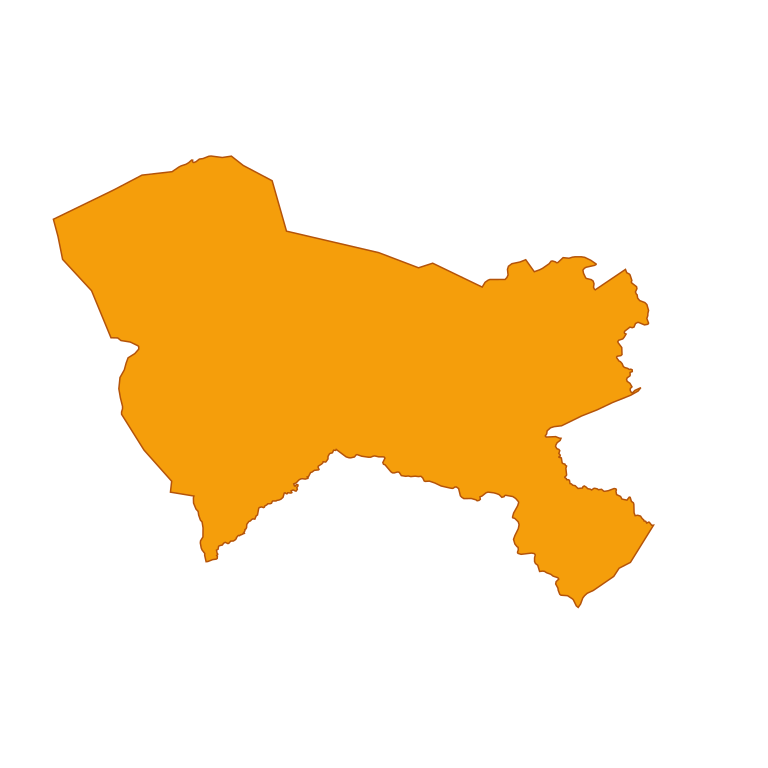 Mossurize, Manica, Mozambique, rotated 74°
{"feature_id": "85939544B24800488676804", "entity_name": "Mossurize", "entity_type": "district", "adm_level": 2, "iso_a3": "MOZ", "parent_name": "Mozambique", "parent_adm1": "Manica", "projection": "natural_earth1", "projection_center": [33.088, -20.472], "detail": "fine", "context": "isolated", "style": "filled", "palette": "amber", "viewbox_px": 768, "rotation_deg": 74, "n_neighbors": 0, "source": "geoboundaries", "source_scale": "gbopen_adm2", "svg_char_len": 6170}
<svg xmlns="http://www.w3.org/2000/svg" viewBox="0 0 768 768"><g transform="rotate(74 384 384)"><path d="M594.0,163.8L593.6,165.6L590.0,167.1L589.7,167.6L590.1,169.8L588.1,170.3L587.3,171.8L586.2,171.8L584.6,172.9L581.7,173.8L580.1,176.3L579.8,178.9L576.7,179.1L568.5,177.0L567.0,177.0L565.0,178.5L560.9,178.6L560.5,178.9L560.4,179.5L562.6,182.5L560.2,187.0L557.3,187.6L554.4,190.9L551.0,190.6L549.9,189.8L548.7,190.0L547.9,191.6L548.4,197.8L548.0,201.4L547.6,202.3L545.2,203.9L544.7,207.1L543.5,208.0L542.3,210.2L542.2,211.2L543.1,213.6L541.8,214.9L540.8,217.0L538.8,218.1L537.2,219.6L537.5,221.0L538.7,221.9L537.9,226.3L534.4,228.3L533.3,230.5L531.7,231.4L531.0,232.6L527.7,232.3L526.8,233.2L526.3,234.8L525.2,234.8L523.7,236.0L523.1,235.7L522.3,233.9L521.6,233.5L515.1,232.4L513.2,231.1L512.1,232.0L510.8,232.2L510.0,233.7L508.9,234.5L503.9,233.9L502.7,236.0L502.3,236.0L501.7,234.4L500.5,234.3L499.0,235.1L496.5,233.4L495.0,234.0L493.9,235.6L491.3,236.3L489.9,235.5L488.1,233.7L486.8,230.3L485.0,228.8L484.4,230.3L481.9,233.5L479.7,242.7L478.4,243.3L476.8,241.4L474.0,240.1L472.0,236.0L471.9,232.2L473.1,224.8L469.2,202.9L467.6,186.2L464.8,169.4L462.8,149.9L460.8,141.6L458.3,138.1L459.3,144.6L460.8,147.3L460.7,148.3L460.1,148.6L458.2,149.1L456.9,148.8L456.2,148.4L455.1,146.4L451.1,147.4L448.5,149.5L446.5,149.6L445.1,148.5L444.0,145.4L443.3,144.9L440.7,144.3L440.5,141.9L438.8,141.5L437.8,142.6L437.6,144.3L436.2,145.4L434.4,148.2L433.1,149.1L430.0,149.5L427.7,150.6L426.6,151.8L422.9,153.1L422.1,152.9L421.6,152.1L422.0,148.5L421.3,147.1L414.5,145.4L408.7,147.6L407.7,147.6L406.6,146.2L406.5,142.1L405.2,140.2L402.7,137.5L401.6,138.8L400.4,138.7L399.6,138.0L397.1,131.9L398.3,129.9L398.2,128.0L395.2,125.6L394.7,123.2L395.0,122.3L399.0,117.3L399.3,114.3L399.1,113.5L398.4,112.9L393.4,113.3L391.1,111.6L388.9,110.9L386.2,109.4L380.1,109.4L377.6,110.8L374.3,115.2L371.4,116.5L368.0,116.1L367.0,116.7L364.8,116.9L362.1,114.6L360.1,114.4L355.0,118.1L354.0,118.1L352.8,117.2L347.0,117.4L346.0,117.8L343.9,120.0L340.4,120.3L351.7,155.0L350.6,155.7L348.7,155.9L345.6,154.5L342.7,154.6L340.8,156.0L338.4,160.2L337.5,160.9L332.5,161.7L329.4,161.4L328.0,159.5L327.5,157.5L328.0,148.9L327.6,147.2L327.1,147.0L322.1,151.1L317.6,156.1L316.1,159.3L314.4,165.3L314.0,168.0L314.1,171.5L311.9,177.0L315.2,183.4L315.0,184.7L313.8,185.6L312.2,188.1L312.0,189.5L313.9,192.1L316.5,199.7L317.1,202.7L317.5,208.6L303.6,213.5L304.2,219.6L303.6,227.9L305.1,231.9L307.8,233.7L313.4,234.7L315.5,236.5L316.9,238.8L312.7,253.5L312.9,255.4L314.1,258.8L317.9,262.9L281.3,303.9L281.8,318.8L256.4,352.7L210.2,435.6L157.8,435.5L135.1,459.1L122.9,467.9L121.7,477.0L117.2,487.4L116.8,489.6L117.4,495.9L116.9,499.5L118.5,503.4L118.7,505.6L118.4,506.4L117.4,506.7L116.1,506.2L115.7,507.2L117.4,510.7L118.2,513.7L118.4,518.9L118.9,521.4L121.5,529.2L116.5,559.1L123.0,590.6L134.5,656.4L152.3,656.7L175.6,658.6L213.7,639.4L264.3,633.7L266.3,627.3L269.7,624.9L273.7,616.4L279.4,610.0L280.5,609.5L282.9,610.2L286.1,615.2L288.3,622.8L292.8,626.1L298.9,629.8L305.0,636.0L315.5,640.2L324.6,641.2L333.4,641.5L335.8,642.2L338.6,644.0L340.8,644.6L381.4,632.9L418.9,614.9L429.1,619.1L439.3,597.6L440.9,598.6L446.0,599.9L452.4,599.2L455.3,597.8L458.9,598.3L464.2,598.0L466.5,596.9L472.4,597.6L481.1,600.2L484.2,603.6L486.2,604.4L491.3,604.9L493.5,604.6L497.5,603.0L499.1,603.6L505.8,604.0L506.1,602.3L505.6,597.1L506.1,593.5L505.7,592.4L503.9,591.7L502.6,592.1L502.2,590.9L501.5,590.7L500.7,591.1L497.5,590.8L497.1,589.0L494.5,587.8L494.1,586.8L494.2,583.7L492.9,582.2L492.4,580.3L494.4,578.0L494.3,577.0L492.8,574.7L493.4,572.0L492.7,569.7L491.8,568.5L491.1,568.3L489.7,566.3L489.5,565.4L490.0,564.6L489.4,563.4L489.6,562.8L489.3,561.1L488.9,560.8L489.2,560.0L489.0,559.3L488.1,559.6L486.7,558.1L485.6,557.9L485.3,556.8L484.2,555.7L481.1,554.6L478.9,551.8L478.8,550.2L477.8,548.5L477.5,547.3L478.3,545.4L475.6,543.3L475.0,541.7L468.8,538.6L468.4,537.7L468.4,535.7L469.6,533.9L469.4,532.9L468.5,532.4L467.8,529.8L467.1,528.7L467.7,526.5L467.6,525.0L466.0,523.7L465.8,523.0L466.7,520.0L466.4,519.2L466.6,516.7L466.3,514.7L465.1,512.3L461.4,510.0L461.3,509.1L462.6,508.1L462.8,507.3L462.0,506.5L463.2,503.5L463.0,502.5L461.1,502.8L460.8,501.3L461.0,500.2L462.4,498.8L462.7,497.9L461.3,496.3L459.6,496.4L458.3,494.8L457.3,494.5L456.7,495.2L456.6,496.1L457.7,497.6L457.2,498.2L455.1,498.3L454.8,495.6L452.8,492.3L452.3,490.3L452.5,488.7L453.7,485.9L453.7,483.1L453.3,482.8L452.2,483.4L452.1,482.0L448.9,479.0L448.8,477.4L447.8,474.8L448.5,470.6L448.2,470.0L445.8,470.3L444.9,469.9L443.7,465.9L442.8,464.4L441.9,463.9L442.9,461.8L442.8,461.2L440.6,458.5L438.2,457.8L436.3,455.9L435.9,455.2L435.9,452.5L433.7,450.7L434.5,448.8L433.7,448.0L443.6,440.5L445.2,438.1L445.8,436.3L446.0,432.5L444.5,430.4L444.4,429.4L447.3,425.3L450.0,419.3L450.7,417.0L450.4,414.5L450.6,412.7L452.5,409.3L454.0,404.2L455.5,403.5L459.2,406.8L461.0,406.6L461.9,405.3L470.4,401.5L471.7,400.4L472.3,398.7L472.3,395.5L472.7,394.3L473.2,393.7L476.8,392.6L478.7,388.6L479.1,386.0L480.4,383.8L481.2,379.4L482.5,376.4L482.9,373.9L485.1,372.6L488.3,372.1L489.0,371.2L489.9,367.1L493.2,362.4L497.8,357.2L502.1,349.4L503.2,347.1L503.2,345.9L502.6,344.5L502.9,342.8L505.1,341.1L512.5,341.4L514.3,340.5L516.2,338.8L518.1,331.7L520.7,327.5L521.9,326.7L522.1,324.8L521.4,323.2L518.9,322.9L518.7,320.6L516.7,315.9L516.6,313.8L518.9,308.4L520.6,305.7L522.2,303.7L525.4,302.0L525.4,299.6L524.6,298.8L524.5,297.7L527.7,291.2L530.3,289.0L534.2,287.2L535.2,287.3L537.9,289.1L543.8,295.0L547.3,297.1L548.0,297.2L549.3,295.3L553.4,293.0L556.4,292.9L560.1,294.8L565.7,299.9L569.0,302.3L573.8,302.3L577.0,301.0L578.0,300.1L580.6,300.7L582.4,302.0L583.2,302.1L583.8,301.8L585.5,299.2L587.2,288.8L588.5,286.2L590.0,285.7L592.6,287.2L596.1,288.2L598.3,287.9L600.6,286.2L607.1,286.1L607.6,283.0L608.4,281.3L610.2,279.8L612.9,276.1L615.3,274.4L618.1,270.3L619.7,269.8L621.4,273.0L623.5,274.1L628.1,273.1L630.5,273.4L634.6,273.0L635.8,272.1L638.1,265.9L642.5,262.1L643.6,261.5L650.3,260.3L652.3,258.9L649.7,255.7L644.5,251.9L642.8,249.6L641.2,246.4L640.1,239.5L632.3,216.2L625.9,208.8L623.4,196.3L594.0,163.8Z" fill="#f59e0b" stroke="#b45309" stroke-width="1.5"/></g></svg>